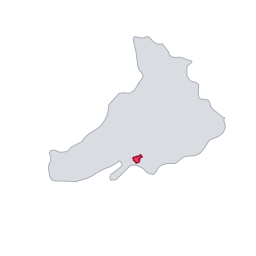 location of El Factor, María Trinidad Sánchez, Dominican Republic, rotated 140°
{"feature_id": "3306468B48172399013768", "entity_name": "El Factor", "entity_type": "district", "adm_level": 2, "iso_a3": "DOM", "parent_name": "Dominican Republic", "parent_adm1": "María Trinidad Sánchez", "projection": "robinson", "projection_center": [-69.924, 19.288], "detail": "fine", "context": "in_parent", "style": "filled", "palette": "rose", "viewbox_px": 256, "rotation_deg": 140, "n_neighbors": 0, "source": "geoboundaries", "source_scale": "gbopen_adm2", "svg_char_len": 2953}
<svg xmlns="http://www.w3.org/2000/svg" viewBox="0 0 256 256"><g transform="rotate(140 128 128)"><path d="M47.7,170.5L47.9,160.9L49.3,157.1L48.1,153.0L42.5,148.7L39.1,143.1L36.1,138.2L36.8,137.5L42.8,137.3L45.0,135.5L49.1,130.4L49.9,126.4L49.6,123.3L46.9,119.6L45.9,115.8L49.2,112.4L53.4,107.5L54.0,105.6L53.9,103.7L49.0,98.5L48.6,96.3L51.0,90.6L50.8,86.9L48.5,75.3L47.4,73.6L49.6,72.6L51.1,69.1L53.0,66.0L55.6,64.4L58.5,63.3L64.3,63.4L72.3,66.1L74.6,66.1L82.3,63.6L88.7,62.3L94.8,63.8L97.2,65.9L102.2,69.2L104.7,70.2L112.5,70.2L114.7,70.5L121.3,76.0L126.8,78.2L130.0,78.3L135.8,76.2L138.7,76.2L142.0,81.0L142.6,87.7L145.4,93.8L149.6,97.7L170.4,96.1L175.0,99.3L173.4,102.0L170.5,103.4L160.6,102.8L156.3,103.1L155.4,105.7L155.4,108.2L161.2,108.8L166.9,110.0L172.6,112.0L178.5,113.4L185.1,114.2L191.6,115.7L202.5,120.5L214.5,131.5L217.7,134.0L219.9,137.4L218.9,141.7L214.6,148.6L212.2,150.8L208.6,152.2L206.2,155.0L203.9,159.9L202.4,160.3L200.7,160.1L197.9,157.4L195.8,153.1L190.0,149.2L183.1,149.7L172.9,147.3L166.8,148.5L160.6,148.7L154.4,147.5L148.0,147.1L141.7,148.6L135.6,151.2L133.3,152.8L129.4,156.7L127.3,158.2L112.4,160.2L108.1,157.3L104.2,153.3L98.4,152.8L90.1,155.8L84.9,156.9L82.8,158.3L82.2,159.8L82.1,165.3L81.0,168.7L72.8,181.4L68.2,190.4L66.4,193.1L64.2,193.7L60.2,188.6L57.7,186.7L54.5,185.8L53.2,183.0L53.3,179.1L52.4,175.4L50.5,172.4L47.7,170.5Z" fill="#d9dde1" stroke="#a8b0b8" stroke-width="1"/><path d="M143.6,101.7L143.6,101.4L143.7,101.2L143.8,101.0L143.8,100.9L143.9,100.6L144.0,100.5L144.1,100.3L144.2,100.2L144.3,100.0L144.4,99.9L144.5,99.8L144.5,99.7L144.4,99.4L144.3,99.2L144.2,99.0L144.2,98.9L144.2,98.7L144.2,98.1L144.2,97.9L143.9,97.5L143.9,97.4L143.9,97.2L144.0,96.8L144.1,96.6L144.2,96.4L144.2,96.2L144.3,96.2L144.2,95.9L144.0,95.7L143.9,95.6L143.7,95.6L143.3,95.6L143.2,95.6L142.8,95.4L142.7,95.4L142.6,95.2L142.4,95.1L142.2,94.9L141.9,94.9L141.7,94.9L141.5,95.0L141.4,95.0L141.2,95.1L141.0,95.3L140.9,95.3L140.7,95.2L140.4,95.3L140.2,95.4L140.2,95.5L140.1,95.9L140.1,96.0L139.8,96.2L139.7,96.3L139.7,96.5L139.4,96.5L139.2,96.5L138.9,96.7L138.9,96.8L138.8,97.0L139.0,97.2L139.1,97.3L139.2,97.5L139.3,97.5L139.2,97.8L138.9,97.8L138.8,97.7L138.7,97.6L138.4,97.4L138.2,97.4L137.5,97.3L137.3,97.3L137.2,97.3L137.2,97.2L136.9,97.1L136.6,97.0L136.5,96.9L136.4,96.9L136.2,96.8L135.8,96.8L135.7,96.8L135.7,97.0L135.7,97.3L135.7,97.5L135.7,97.8L135.8,97.9L135.9,98.0L135.8,98.4L135.8,98.5L135.6,98.7L135.6,98.8L135.5,99.1L135.7,99.3L135.8,99.3L136.0,99.4L136.3,99.4L136.5,99.4L136.6,99.5L136.8,99.6L137.3,99.6L137.5,99.6L137.8,99.7L138.0,99.6L138.3,99.7L138.4,99.8L138.6,100.0L138.8,100.1L139.0,100.3L139.3,100.4L139.4,100.6L139.6,100.6L139.8,100.7L140.0,100.7L140.3,100.5L140.4,100.4L140.5,100.4L140.7,100.5L140.8,100.8L140.9,101.0L141.0,101.1L141.6,101.1L141.8,101.1L141.9,101.3L142.0,101.5L142.2,101.8L142.3,101.9L142.5,101.9L142.8,101.7L143.0,101.7L143.6,101.7Z" fill="#f43f5e" stroke="#9f1239" stroke-width="1.5"/></g></svg>